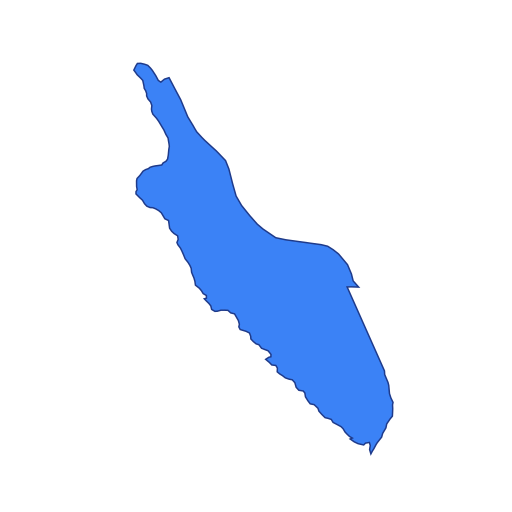 outline of Maracaçumé, Maranhão, Brazil, rotated 125°
{"feature_id": "56859067B12415775157700", "entity_name": "Maracaçumé", "entity_type": "district", "adm_level": 2, "iso_a3": "BRA", "parent_name": "Brazil", "parent_adm1": "Maranhão", "projection": "equal_earth", "projection_center": [-45.988, -2.007], "detail": "fine", "context": "isolated", "style": "filled", "palette": "blue", "viewbox_px": 512, "rotation_deg": 125, "n_neighbors": 0, "source": "geoboundaries", "source_scale": "gbopen_adm2", "svg_char_len": 2797}
<svg xmlns="http://www.w3.org/2000/svg" viewBox="0 0 512 512"><g transform="rotate(125 256 256)"><path d="M297.3,59.8L294.9,64.1L292.2,67.7L285.8,73.1L283.9,75.3L279.3,82.6L276.4,84.9L229.1,163.6L226.7,160.4L222.6,154.1L220.7,162.1L216.0,167.5L210.6,176.1L207.0,189.5L206.6,196.4L206.9,202.9L209.2,208.8L225.6,240.8L229.7,250.3L229.9,265.7L229.2,273.2L226.5,284.4L222.9,296.8L218.3,306.7L210.3,316.5L200.3,328.1L195.3,335.7L192.7,348.8L191.6,357.5L190.7,364.2L189.9,368.6L188.3,375.8L186.7,379.4L185.3,382.3L184.2,384.8L183.1,387.3L181.1,391.8L177.0,398.2L171.2,407.3L165.4,418.7L162.8,423.7L159.8,429.5L163.6,432.4L168.2,433.7L168.2,436.8L165.8,441.5L163.4,447.4L162.6,450.2L161.9,454.0L162.8,457.2L164.3,461.0L166.3,463.6L168.8,463.5L171.4,463.1L173.8,462.7L174.7,460.0L175.7,457.3L176.3,453.3L177.1,449.5L180.9,445.4L182.8,443.7L183.9,441.2L185.6,438.8L187.6,437.4L189.3,434.6L190.3,430.7L192.5,427.6L195.6,425.9L197.3,424.3L199.0,421.8L200.2,416.6L201.5,412.9L204.2,406.9L205.5,403.9L208.1,399.5L209.8,395.7L211.8,393.8L214.1,391.5L215.9,389.9L218.8,388.5L223.7,385.7L227.4,384.0L230.1,384.1L233.1,385.5L235.5,385.4L237.6,387.6L240.1,390.3L241.8,391.9L244.0,393.6L246.2,394.3L248.6,396.0L251.3,397.2L256.6,397.3L260.7,397.9L262.9,397.0L267.5,393.7L269.8,391.4L272.1,391.2L274.0,389.9L274.9,384.9L275.4,381.0L277.1,377.3L277.8,374.0L277.1,370.6L275.6,368.2L274.9,365.2L274.6,361.8L274.9,358.4L276.2,355.5L277.8,352.0L277.1,348.0L279.3,345.9L282.8,342.7L284.1,339.3L284.6,336.0L284.4,331.8L287.0,329.3L290.3,328.5L291.6,326.4L292.8,322.6L294.3,319.8L296.6,316.0L298.9,312.5L300.2,308.1L301.6,304.8L303.3,302.0L306.3,299.4L308.0,296.8L309.6,294.2L311.8,291.5L314.6,288.9L314.9,283.9L315.8,280.6L317.1,277.7L316.8,274.0L319.0,272.4L320.7,273.8L321.4,270.4L321.9,267.3L322.8,264.4L325.2,261.7L324.9,257.9L323.4,256.0L320.5,253.6L318.5,250.8L316.6,247.8L317.1,244.1L315.7,240.4L317.0,237.6L319.0,233.4L321.4,230.5L323.9,229.4L325.3,226.8L323.4,221.0L322.8,217.2L324.8,214.3L326.9,212.6L327.6,209.2L327.9,205.5L327.0,202.8L328.4,198.5L326.7,191.7L328.0,187.3L330.0,186.0L331.6,187.4L335.1,188.8L335.5,184.1L336.2,180.6L334.3,177.0L335.5,174.2L338.7,172.2L339.0,169.0L338.8,165.8L339.0,162.1L337.9,158.2L336.6,155.3L337.5,151.5L340.5,147.8L341.4,143.9L339.5,139.9L340.2,137.4L343.0,134.7L344.8,130.5L346.0,126.8L344.4,123.1L345.2,117.9L347.0,115.5L348.0,111.3L348.8,106.7L347.7,104.0L346.7,100.6L348.1,97.4L347.4,92.0L347.0,88.4L347.5,85.6L349.1,82.1L349.7,79.2L350.2,75.9L349.9,72.7L351.9,73.9L351.9,69.0L351.2,64.8L349.0,59.4L346.5,59.0L343.7,56.2L345.7,53.7L349.4,51.9L352.2,48.4L349.1,48.8L346.4,48.9L341.6,49.5L339.3,49.6L332.3,49.2L328.7,50.5L322.3,51.0L318.6,52.6L312.7,52.7L309.0,52.4L305.8,54.4L302.7,56.4L299.6,58.8L297.3,59.8Z" fill="#3b82f6" stroke="#1e3a8a" stroke-width="1.5"/></g></svg>